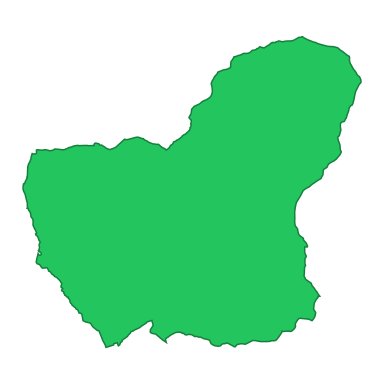 Stoenesti, Arges, Romania (Equal Earth projection)
{"feature_id": "2599482B20714759843638", "entity_name": "Stoenesti", "entity_type": "district", "adm_level": 2, "iso_a3": "ROU", "parent_name": "Romania", "parent_adm1": "Arges", "projection": "equal_earth", "projection_center": [25.234, 45.276], "detail": "fine", "context": "isolated", "style": "filled", "palette": "green", "viewbox_px": 384, "rotation_deg": 0, "n_neighbors": 0, "source": "geoboundaries", "source_scale": "gbopen_adm2", "svg_char_len": 5884}
<svg xmlns="http://www.w3.org/2000/svg" viewBox="0 0 384 384"><path d="M235.1,346.8L237.3,344.5L241.3,343.7L245.5,344.2L252.7,340.5L255.2,340.6L260.6,341.6L266.3,341.6L269.6,341.4L271.8,340.7L273.9,340.8L275.8,340.4L276.4,339.9L278.9,336.8L280.7,334.1L281.7,332.5L282.0,331.1L283.1,331.5L287.1,331.1L290.8,331.4L291.5,331.2L293.5,329.6L294.5,328.5L295.5,326.7L295.3,325.0L295.5,323.4L297.4,320.2L298.9,318.5L300.4,318.3L308.8,319.2L309.7,319.5L311.1,320.4L312.2,320.6L313.9,318.4L315.0,316.2L315.7,312.7L315.4,312.0L313.6,309.2L314.2,303.4L316.3,299.4L318.0,297.4L318.0,296.5L319.8,296.2L318.6,294.8L316.5,291.3L315.2,290.0L314.4,288.4L312.1,285.7L311.2,283.2L305.7,279.4L304.0,275.8L304.3,273.9L304.5,268.1L304.8,266.9L305.6,265.3L305.1,264.3L304.9,263.2L305.0,258.6L305.9,257.3L306.2,256.5L306.1,255.7L305.0,253.5L304.7,252.2L304.7,247.1L305.0,246.9L307.4,246.9L307.5,246.2L307.0,244.7L306.0,242.8L303.6,240.1L303.3,238.2L301.0,236.6L299.0,234.9L298.0,231.9L297.6,229.1L296.4,227.2L295.2,225.8L294.7,222.3L294.8,218.9L294.7,211.9L295.3,207.2L296.3,202.7L300.5,195.8L303.2,190.6L305.9,188.5L309.3,186.8L311.7,184.6L317.8,180.4L321.0,178.6L321.7,176.9L322.8,175.1L323.1,173.1L323.2,170.6L323.7,169.4L327.0,167.3L328.2,164.6L328.9,163.8L331.5,162.1L333.8,161.0L336.2,159.2L339.9,154.8L341.1,152.4L341.2,151.7L340.3,149.7L339.9,144.7L338.4,140.6L337.7,137.7L338.0,136.8L339.1,135.9L339.4,135.3L339.8,134.3L340.0,132.6L340.9,130.3L340.4,126.7L340.4,124.0L341.0,122.8L341.7,122.1L344.1,121.5L344.8,120.6L345.4,119.1L346.2,118.2L347.4,114.1L348.6,111.1L349.2,107.8L350.8,105.7L352.1,105.1L352.9,103.5L354.1,98.9L355.0,93.9L355.8,91.1L358.9,85.0L359.8,83.7L360.6,83.0L361.0,82.2L360.9,79.9L359.5,76.7L358.5,76.1L356.9,74.4L356.0,72.4L354.4,70.2L353.6,69.4L350.1,63.1L349.4,60.0L349.6,57.7L349.3,56.4L347.0,55.1L342.9,51.7L340.6,50.3L337.8,47.8L333.7,46.7L327.6,46.3L318.3,43.8L315.6,42.5L313.7,42.1L307.3,39.6L303.6,37.6L302.4,36.6L300.9,37.2L298.8,37.4L293.9,40.2L291.5,40.9L285.7,41.1L282.4,41.8L278.7,40.9L277.1,41.7L276.0,41.9L275.1,42.6L272.8,42.4L271.0,43.1L269.4,44.6L264.1,47.9L261.6,47.4L259.9,46.7L257.8,48.6L257.1,48.5L255.7,49.7L253.9,50.2L252.2,50.3L250.8,51.8L248.8,53.1L246.7,53.4L243.6,53.4L240.5,55.0L237.9,55.6L235.3,56.7L234.1,56.7L232.4,59.8L231.2,61.3L230.9,62.2L230.5,67.5L227.7,69.0L222.9,70.1L217.9,72.1L217.6,72.5L217.6,72.9L217.3,73.6L214.2,77.1L213.8,78.4L212.1,81.1L211.2,83.6L211.3,84.6L211.9,86.0L212.4,91.3L212.1,93.1L211.4,95.2L210.5,96.8L209.0,98.1L205.6,100.2L204.7,100.3L202.2,101.6L199.7,103.8L194.3,106.3L191.6,109.3L191.2,113.5L189.0,117.3L189.1,117.9L191.2,120.3L191.4,121.0L190.7,124.2L191.2,125.1L190.9,126.4L190.1,127.5L189.9,129.3L189.5,130.1L187.5,132.3L186.4,133.0L186.0,133.8L183.6,134.9L182.3,136.0L181.7,136.9L179.1,139.0L177.9,139.8L176.7,140.2L175.7,141.2L173.7,141.8L173.4,142.1L173.0,143.5L172.4,144.2L170.6,145.4L169.2,147.7L168.3,148.6L166.2,150.1L165.5,149.2L164.4,148.5L162.2,147.5L161.6,146.9L161.0,146.6L158.5,144.3L157.4,144.4L152.6,143.8L148.6,142.2L147.2,141.1L144.5,139.9L143.3,138.6L141.9,138.5L138.4,137.2L136.3,137.2L127.9,139.5L125.8,139.6L124.6,139.2L116.2,146.9L114.3,148.0L110.0,149.5L109.4,149.5L106.4,148.3L105.6,147.9L105.2,147.3L101.6,145.1L101.1,145.0L100.2,145.2L99.6,145.0L99.2,144.1L98.6,143.7L95.6,143.1L94.6,143.4L94.0,144.6L94.1,145.5L89.1,145.7L86.3,145.4L80.2,145.6L79.2,145.8L78.6,145.4L76.4,145.5L73.4,146.1L71.5,147.0L69.2,147.5L67.9,148.0L66.9,148.8L65.8,148.9L64.9,149.5L63.4,149.8L55.3,149.0L54.5,149.1L53.4,150.1L49.8,150.8L47.7,150.1L45.1,149.7L42.0,150.2L37.1,149.7L36.4,150.2L36.5,152.8L36.0,153.6L35.3,154.0L32.6,153.9L32.2,153.6L31.3,156.4L31.0,158.5L29.7,162.1L28.6,163.8L27.7,167.1L27.4,175.2L27.0,177.1L27.3,177.1L27.2,177.6L26.4,179.5L25.4,181.2L24.7,183.4L24.0,183.5L23.9,184.1L23.5,184.1L23.2,185.4L23.0,189.1L23.8,191.5L25.1,194.2L27.0,202.1L27.5,202.7L27.3,204.0L27.3,206.1L27.7,207.3L27.0,208.2L28.2,208.8L28.7,210.2L30.3,212.5L30.7,214.4L31.0,216.8L32.8,219.2L33.1,221.3L33.0,225.1L34.8,229.2L35.6,230.3L36.3,232.3L36.7,233.0L35.6,233.9L35.7,234.5L35.9,235.0L37.7,236.6L38.2,237.7L38.6,239.3L39.1,240.6L40.3,242.1L39.3,243.9L39.1,245.3L39.5,247.4L39.1,249.5L39.2,250.0L38.4,250.4L38.7,251.3L39.4,251.9L40.4,252.2L41.0,253.0L41.3,253.7L41.2,254.4L40.3,255.3L39.7,255.3L38.7,254.6L38.1,253.6L36.7,259.2L36.2,262.3L37.1,263.7L39.6,264.6L41.8,267.7L42.8,268.2L46.8,267.7L47.3,268.1L48.1,269.3L48.6,271.0L50.4,271.9L52.1,274.3L53.6,275.1L54.5,276.4L56.8,277.5L60.1,280.9L60.8,282.2L61.5,282.8L61.6,283.6L61.4,285.3L61.0,286.1L61.1,287.2L62.0,287.7L62.7,288.6L62.2,288.9L62.1,289.5L61.6,290.1L62.3,291.3L63.0,291.4L64.0,292.5L63.8,293.2L64.5,294.2L64.7,295.1L65.7,295.5L66.4,296.6L67.1,297.1L68.2,297.2L68.2,298.1L69.9,300.0L69.9,301.5L70.6,303.1L71.6,303.9L72.0,305.0L74.5,307.2L75.1,307.4L76.3,309.2L77.4,309.6L78.0,310.4L79.1,313.1L79.7,313.0L80.8,313.3L81.9,314.4L83.0,320.6L84.9,321.7L89.9,323.0L91.1,324.0L91.8,325.4L93.2,327.1L97.3,330.5L99.0,330.8L102.8,340.5L105.1,344.7L106.0,347.4L113.6,345.0L113.8,343.7L117.1,342.8L118.4,345.8L119.6,345.0L120.8,342.3L122.1,341.6L122.1,340.3L127.5,336.4L128.3,335.1L130.2,333.3L131.1,331.5L132.9,331.1L134.5,330.0L139.4,327.8L142.2,325.6L146.2,323.1L146.8,322.1L151.9,320.4L152.2,322.1L152.8,323.5L153.1,325.6L150.4,329.7L150.2,332.0L150.7,332.6L152.2,333.4L155.7,334.1L162.7,340.0L166.3,342.4L165.5,339.8L165.7,338.8L167.6,337.2L168.4,337.0L169.5,335.9L171.4,334.7L175.4,332.6L178.4,332.1L180.8,332.3L182.4,333.4L183.9,333.3L184.6,334.4L186.2,335.0L189.2,334.3L190.5,334.7L191.3,334.6L192.1,334.8L194.8,336.6L196.8,336.4L198.8,337.2L200.4,337.0L201.2,337.6L202.0,337.6L203.4,338.6L208.5,339.7L209.9,340.8L210.5,342.7L211.3,343.8L212.6,344.7L214.9,345.8L218.4,346.2L220.3,345.9L221.2,345.2L221.5,344.5L222.9,343.8L225.1,343.7L226.0,343.1L227.7,343.2L232.9,345.9L234.2,346.8L235.1,346.8Z" fill="#22c55e" stroke="#15803d" stroke-width="1.5"/></svg>